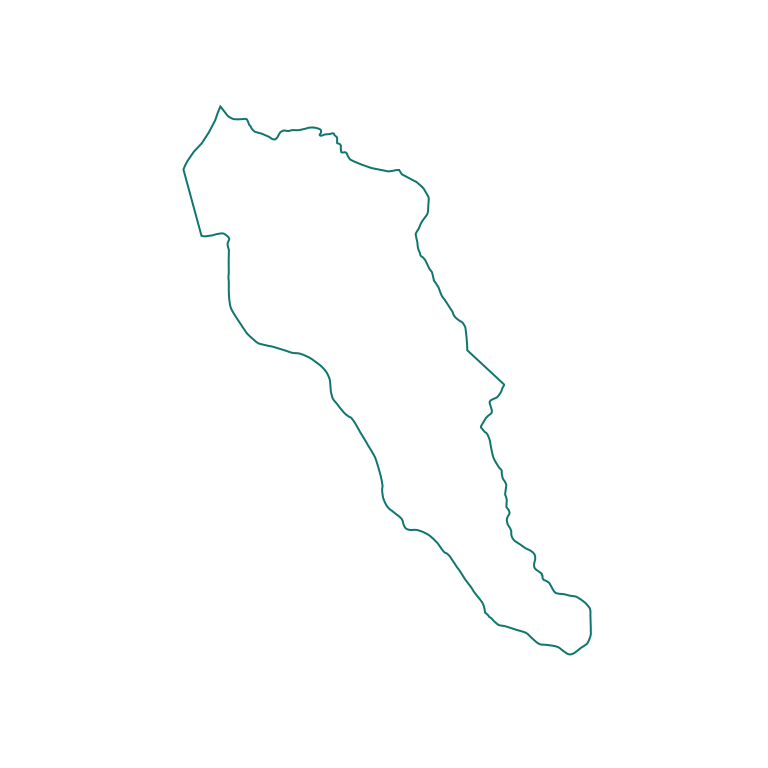 Mercedes de Oriente, La Paz, Honduras (Robinson projection), rotated 163°
{"feature_id": "27666195B10683229568553", "entity_name": "Mercedes de Oriente", "entity_type": "district", "adm_level": 2, "iso_a3": "HND", "parent_name": "Honduras", "parent_adm1": "La Paz", "projection": "robinson", "projection_center": [-87.785, 13.926], "detail": "fine", "context": "isolated", "style": "outline", "palette": "teal", "viewbox_px": 768, "rotation_deg": 163, "n_neighbors": 0, "source": "geoboundaries", "source_scale": "gbopen_adm2", "svg_char_len": 6138}
<svg xmlns="http://www.w3.org/2000/svg" viewBox="0 0 768 768"><g transform="rotate(163 384 384)"><path d="M253.0,106.2L252.8,108.3L252.9,109.9L253.8,112.3L255.3,115.5L255.7,116.2L258.5,120.1L261.5,123.6L262.3,124.3L263.3,125.0L268.1,127.2L273.5,130.5L274.7,131.0L277.4,132.0L279.8,133.2L280.8,133.9L281.5,134.9L282.0,136.0L282.5,137.7L284.1,145.3L284.6,146.2L286.0,147.8L286.8,148.6L288.3,149.7L288.8,150.5L289.1,152.1L289.0,152.9L288.5,153.9L288.5,154.4L289.0,155.3L288.6,156.1L288.6,156.5L292.8,162.0L293.4,163.0L293.7,163.9L293.8,164.7L293.7,165.6L293.3,167.5L292.5,169.1L290.7,172.1L290.1,173.9L289.9,175.0L289.8,176.1L289.9,177.1L290.2,178.0L290.9,179.5L291.9,180.9L293.4,182.6L295.8,184.7L297.0,185.9L300.9,191.0L304.4,195.1L305.2,196.4L305.8,197.8L306.2,199.1L306.4,200.5L306.3,202.9L306.0,203.9L305.5,205.4L305.3,206.8L305.6,209.5L306.4,212.1L306.7,213.5L306.7,215.5L306.5,217.4L306.2,218.5L305.6,219.6L304.1,221.4L302.3,222.8L301.9,223.4L301.6,224.1L301.5,225.3L301.8,227.5L302.2,228.7L302.9,230.2L302.9,230.7L300.4,237.6L300.3,240.4L300.5,242.7L300.4,243.2L297.5,249.6L296.7,251.2L296.5,252.0L296.8,254.8L297.1,255.9L297.8,257.7L298.0,259.5L298.0,260.7L297.7,263.0L297.3,265.0L296.8,266.3L296.8,267.0L297.0,267.8L298.2,270.0L299.0,272.7L300.3,277.7L300.9,281.7L300.9,284.3L300.4,290.0L299.9,294.7L299.3,298.5L299.3,300.7L299.6,304.0L299.9,305.9L300.3,306.9L300.6,307.5L301.3,308.2L301.7,308.8L303.8,313.6L304.0,314.2L303.9,314.5L303.6,315.1L303.0,315.8L296.5,321.7L293.6,323.2L290.6,324.3L289.8,324.8L289.3,325.3L288.9,326.1L288.6,327.3L288.5,330.2L288.6,333.5L288.5,334.6L288.3,335.8L287.7,336.6L287.0,337.0L285.9,337.4L279.8,338.2L279.3,338.4L276.8,340.2L274.4,342.2L273.8,342.9L271.9,345.5L271.1,346.4L269.9,347.3L269.4,348.2L269.5,348.8L294.5,391.9L293.4,395.8L291.4,404.5L289.8,413.3L289.7,414.5L289.8,415.6L290.4,418.1L291.0,419.8L291.7,420.8L293.6,422.8L295.4,425.4L296.3,426.9L297.0,428.8L297.3,430.4L297.3,432.3L297.4,433.1L301.3,446.8L302.5,449.8L302.9,451.1L303.4,455.6L303.6,460.2L304.9,465.1L306.0,468.1L306.0,468.8L305.7,471.6L305.4,476.8L306.9,481.0L308.3,490.3L309.5,493.3L310.2,494.2L311.2,495.4L311.5,496.3L311.4,498.7L311.7,502.3L311.7,504.4L311.4,506.6L310.7,509.5L310.3,515.2L309.9,518.0L309.4,518.8L308.3,519.9L304.9,522.9L302.6,525.8L300.5,528.0L299.4,528.9L293.3,533.4L292.6,534.2L291.9,535.4L291.1,537.1L288.9,543.2L287.1,547.7L286.9,548.7L286.8,549.8L287.0,551.0L288.6,557.8L289.0,559.3L290.0,561.5L294.1,568.0L295.7,569.3L298.2,571.9L305.5,579.2L305.7,579.7L306.8,583.6L306.9,584.2L309.4,584.9L315.6,585.6L317.8,586.1L332.9,594.2L341.2,600.3L346.9,605.0L350.2,608.0L350.8,608.8L351.6,611.1L352.0,613.1L352.2,615.3L352.7,616.3L353.1,616.8L353.6,617.1L355.3,617.3L356.8,617.9L357.0,618.1L357.0,619.3L356.6,621.4L356.3,622.5L355.7,623.8L355.6,624.8L355.8,625.6L356.1,626.3L358.2,628.0L358.4,628.3L357.0,632.6L356.9,633.5L357.1,634.1L358.5,636.4L358.8,637.3L358.7,638.0L360.2,638.9L361.7,638.9L363.4,639.0L366.4,639.7L368.1,639.9L369.0,639.9L370.1,639.7L370.8,639.7L372.3,640.1L372.6,640.6L372.7,640.9L372.6,641.2L372.0,641.8L371.0,642.5L370.6,643.2L370.2,644.1L370.1,645.1L370.5,646.0L371.7,647.2L374.2,648.8L376.7,650.0L379.6,650.8L381.2,651.1L384.4,651.1L391.1,651.6L393.9,652.4L397.0,653.5L399.5,653.8L401.6,653.8L404.6,655.3L405.5,655.7L405.9,655.8L408.6,655.4L409.6,655.0L411.4,653.5L413.7,651.2L415.4,650.1L416.1,649.9L416.8,649.8L417.6,650.0L418.3,650.3L419.8,651.5L421.7,654.0L427.8,659.2L432.6,662.2L433.6,662.9L434.2,663.6L434.8,664.6L435.5,665.9L436.0,667.6L436.4,669.8L437.1,671.3L437.5,676.0L437.7,676.9L438.1,677.5L438.7,677.9L439.4,678.2L442.8,678.9L446.7,679.9L448.8,680.7L450.1,681.1L451.8,682.4L453.3,683.9L454.5,685.3L455.3,686.7L458.8,695.9L459.4,697.2L463.8,691.8L468.2,685.7L476.9,676.8L478.8,675.1L488.0,667.4L498.0,661.7L506.3,655.1L510.4,651.1L513.1,647.7L515.2,579.1L513.0,577.9L511.8,577.5L504.6,576.3L500.9,576.3L498.2,576.0L496.0,575.7L494.3,575.2L493.5,574.8L492.9,574.3L491.3,572.3L490.0,570.2L489.7,569.5L489.6,568.9L489.6,568.1L489.9,567.3L491.8,565.2L492.4,564.3L492.8,563.2L493.1,561.2L493.1,558.0L493.3,556.9L496.6,547.0L499.8,536.1L501.7,531.2L502.5,527.2L504.7,520.1L506.4,514.0L507.3,509.9L508.0,505.2L508.2,503.1L508.2,501.1L508.0,499.7L507.4,496.7L505.2,488.7L500.7,473.6L499.5,470.9L496.5,465.8L493.9,461.6L492.2,459.6L491.3,458.9L483.8,454.5L480.5,452.8L479.0,451.9L470.7,446.3L462.8,440.7L460.9,439.8L457.9,438.8L456.6,438.2L454.9,437.2L452.1,435.1L447.8,431.3L445.5,428.6L441.9,423.8L439.3,420.2L438.2,418.2L436.7,415.2L435.8,412.8L435.2,410.5L434.8,407.7L434.6,404.8L434.7,403.4L435.1,401.0L437.1,391.9L437.3,387.8L437.3,385.7L437.1,384.5L436.6,382.8L434.8,378.8L432.8,373.4L430.7,368.5L429.7,366.6L428.7,365.1L427.1,363.1L425.3,361.4L423.8,357.6L422.7,353.6L420.8,344.6L418.6,336.2L417.0,329.2L415.3,322.8L414.0,316.7L413.8,313.1L413.8,306.2L414.0,297.4L414.5,291.8L415.1,287.3L415.4,286.4L416.5,284.1L417.2,281.5L417.7,278.8L418.1,275.5L418.0,273.1L417.8,270.7L417.4,268.4L416.8,266.0L415.9,263.9L415.4,262.9L413.4,260.3L410.2,255.6L408.3,253.1L406.9,250.6L406.4,249.2L406.2,247.7L406.2,246.5L406.4,244.6L406.2,242.2L405.9,240.7L405.2,239.3L404.7,238.7L403.8,238.0L402.0,236.9L400.4,236.3L398.1,235.8L396.7,235.4L395.3,234.8L393.7,233.9L391.5,232.3L389.7,230.9L387.5,228.8L385.9,227.2L384.3,225.1L382.2,221.7L379.2,215.9L376.9,208.8L375.7,205.9L375.0,204.8L373.9,204.0L373.4,203.5L371.9,201.0L371.1,198.9L367.7,187.3L366.6,184.5L363.5,173.4L360.0,163.8L359.1,160.2L358.4,158.0L357.2,154.9L355.5,150.8L354.0,146.6L353.6,144.2L353.5,141.7L353.7,138.8L354.2,135.8L353.2,134.5L352.3,132.9L351.8,131.8L351.5,130.6L350.3,129.2L349.8,128.5L347.8,124.4L345.9,121.4L345.0,120.2L344.5,119.7L339.2,117.1L335.2,114.4L328.8,109.9L324.1,106.9L322.0,105.4L320.8,104.3L319.6,102.8L317.0,98.0L315.4,95.3L313.1,91.7L311.8,90.2L310.8,89.4L309.7,88.8L305.3,87.2L300.0,84.8L297.1,83.3L295.0,81.9L294.2,81.3L293.4,80.3L290.4,76.0L287.4,72.3L286.0,71.3L284.4,70.8L282.5,70.8L280.7,71.1L278.3,71.9L272.8,74.1L267.4,75.6L266.3,76.0L265.3,76.6L263.3,78.6L260.7,81.9L259.8,83.4L259.3,84.4L257.5,90.5L254.2,102.6L253.0,106.2Z" fill="none" stroke="#0f766e" stroke-width="2"/></g></svg>